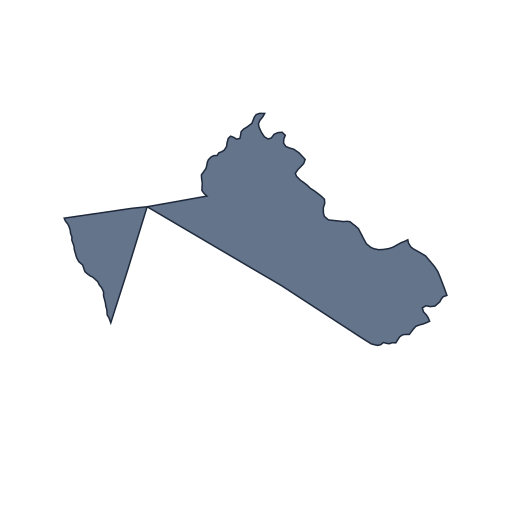 Vigia, Pará, Brazil (Albers equal-area conic projection), rotated 119°
{"feature_id": "56859067B98981915099258", "entity_name": "Vigia", "entity_type": "district", "adm_level": 2, "iso_a3": "BRA", "parent_name": "Brazil", "parent_adm1": "Pará", "projection": "albers", "projection_center": [-48.119, -0.944], "detail": "fine", "context": "isolated", "style": "filled", "palette": "slate", "viewbox_px": 512, "rotation_deg": 119, "n_neighbors": 0, "source": "geoboundaries", "source_scale": "gbopen_adm2", "svg_char_len": 2170}
<svg xmlns="http://www.w3.org/2000/svg" viewBox="0 0 512 512"><g transform="rotate(119 256 256)"><path d="M127.1,317.5L129.5,322.0L132.2,324.4L135.4,324.8L141.9,323.9L147.8,326.5L151.0,328.4L154.5,329.3L157.4,328.2L160.9,327.1L163.2,329.6L163.0,332.6L163.5,336.3L166.5,337.3L170.8,336.3L174.6,334.8L178.7,335.1L181.5,336.6L183.7,338.5L187.0,338.8L188.5,341.4L190.9,343.2L194.8,344.3L197.8,344.0L200.5,343.0L203.7,342.2L211.5,343.1L214.7,341.1L218.2,338.4L224.9,335.1L226.4,332.0L227.4,328.0L265.7,375.1L268.6,260.1L268.8,252.5L269.3,229.6L269.6,218.9L276.3,125.4L277.0,112.7L276.1,109.1L275.2,106.2L273.2,104.0L269.8,102.5L269.2,99.7L268.1,96.8L265.9,95.0L264.2,91.6L260.6,91.4L256.8,91.1L253.8,89.5L252.1,87.2L250.3,83.9L244.8,83.1L240.2,82.2L236.9,79.5L234.5,76.9L231.6,74.5L228.9,72.5L226.8,75.1L225.0,78.3L223.7,82.3L220.8,85.4L217.1,83.2L215.8,79.0L213.0,75.2L207.0,73.0L204.2,73.1L200.9,72.6L197.9,69.9L192.2,76.4L184.6,85.5L181.5,89.4L178.6,94.9L173.7,107.8L173.5,114.0L173.5,117.3L173.5,121.7L173.0,125.0L170.8,128.9L168.2,131.1L171.4,133.3L173.8,135.4L181.9,140.5L184.9,143.2L188.4,147.6L191.0,151.7L192.4,156.2L192.8,159.7L191.8,165.4L188.9,170.0L186.0,174.3L184.3,176.9L182.5,179.5L181.5,183.8L181.0,187.4L180.4,190.4L181.5,193.2L183.5,196.2L186.0,202.3L189.3,210.1L188.2,215.4L186.1,217.6L181.3,220.5L176.6,221.4L173.2,223.6L172.0,228.1L171.5,231.4L170.8,236.0L170.4,241.7L169.3,245.4L168.7,249.3L168.2,254.0L166.6,259.3L164.6,261.7L159.9,261.2L155.7,260.0L152.0,259.1L147.7,259.8L144.9,268.4L144.3,274.9L145.3,279.1L145.7,283.1L143.9,286.6L140.4,288.3L136.2,288.9L135.1,293.2L137.5,296.7L140.8,299.2L145.3,299.8L147.8,302.1L147.7,306.4L145.3,311.1L141.7,316.0L139.1,318.0L135.4,318.3L130.8,317.5L127.1,317.5ZM384.9,350.6L331.7,361.2L265.7,375.1L274.4,387.6L315.9,442.1L317.8,439.7L319.4,435.9L321.1,433.6L323.4,431.1L326.2,429.1L328.5,426.3L331.4,424.8L335.7,419.9L338.3,418.2L344.5,412.0L346.9,408.1L347.9,403.3L352.6,398.1L353.3,395.3L353.8,391.5L353.6,388.6L355.2,381.8L357.3,379.0L358.5,375.8L361.3,371.9L364.8,370.0L369.8,365.2L372.7,363.0L375.1,360.6L379.8,357.5L381.2,354.8L384.9,350.6Z" fill="#64748b" stroke="#1e293b" stroke-width="1.5"/></g></svg>